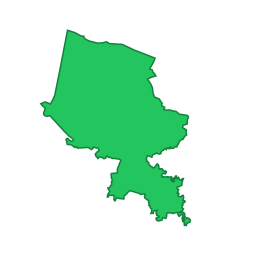 outline of Homs, Homs (Hims), Syria, rotated 201°
{"feature_id": "27442178B91557549439519", "entity_name": "Homs", "entity_type": "district", "adm_level": 2, "iso_a3": "SYR", "parent_name": "Syria", "parent_adm1": "Homs (Hims)", "projection": "orthographic", "projection_center": [36.55, 34.443], "detail": "fine", "context": "isolated", "style": "filled", "palette": "green", "viewbox_px": 256, "rotation_deg": 201, "n_neighbors": 0, "source": "geoboundaries", "source_scale": "gbopen_adm2", "svg_char_len": 5462}
<svg xmlns="http://www.w3.org/2000/svg" viewBox="0 0 256 256"><g transform="rotate(201 128 128)"><path d="M202.1,197.9L204.7,197.1L211.9,198.0L219.5,197.6L212.9,160.6L208.0,131.7L208.3,129.9L208.3,127.1L208.8,125.1L208.9,122.6L214.5,122.7L215.4,122.0L218.1,119.4L215.9,118.1L212.8,117.0L212.4,116.6L212.1,114.3L212.3,112.0L211.5,110.4L209.9,109.6L207.6,110.0L205.2,111.5L186.6,102.2L180.1,99.3L175.3,98.0L174.7,97.2L175.1,95.9L176.0,95.3L177.3,95.6L178.0,95.4L180.1,96.7L180.9,96.6L181.8,95.2L178.7,90.8L177.3,91.5L174.5,91.9L172.8,91.5L171.6,90.9L170.5,90.8L170.3,91.3L169.4,92.1L168.9,92.1L168.6,91.3L167.1,91.3L166.6,91.8L161.5,94.0L159.9,95.0L157.3,95.5L154.5,94.7L153.6,95.8L153.4,96.6L153.6,97.2L153.0,97.9L150.2,97.9L149.8,98.3L149.1,98.5L148.3,98.3L147.8,97.5L146.7,96.7L148.2,94.6L149.0,92.6L149.1,91.7L147.7,90.1L147.0,90.1L146.3,89.7L146.2,89.3L145.2,88.7L144.5,90.3L144.0,90.7L141.7,91.4L139.9,90.7L138.6,91.2L138.0,92.0L138.0,93.9L137.4,94.4L136.6,94.3L135.9,93.6L133.4,94.2L131.7,93.9L129.6,94.8L127.0,95.2L125.6,95.8L123.3,95.4L122.9,94.7L122.9,93.8L123.2,92.9L123.3,91.8L123.0,90.2L123.2,88.6L123.2,85.4L121.8,82.8L122.3,82.1L127.3,79.4L126.9,78.0L125.6,75.5L124.0,73.7L123.9,72.7L124.1,71.5L123.5,70.7L122.9,69.1L123.6,67.9L123.9,65.5L125.3,64.9L124.4,63.7L122.4,62.5L123.1,58.3L122.5,56.2L121.4,56.9L121.7,58.1L121.4,58.7L118.9,59.2L117.2,60.0L116.0,58.1L115.5,56.0L114.9,55.9L114.3,55.3L113.8,55.7L113.9,57.7L113.6,58.8L110.8,59.1L106.7,60.1L106.4,60.6L107.3,62.5L107.2,63.0L106.4,64.4L104.7,68.7L103.7,70.2L94.0,71.0L92.6,70.4L88.9,72.5L87.8,71.8L88.1,70.6L87.8,69.6L87.0,68.6L82.7,67.5L82.1,65.9L80.7,64.1L80.8,63.2L79.8,63.3L79.3,62.9L79.4,62.5L78.5,61.4L77.3,60.8L76.5,60.1L76.1,58.9L76.0,56.4L75.5,56.6L75.5,56.9L73.9,57.2L73.8,57.7L74.1,58.4L73.8,60.0L73.3,60.6L71.9,61.2L72.2,60.8L71.8,60.3L71.3,60.1L71.3,58.4L70.4,58.0L69.9,56.6L67.2,56.7L67.4,55.4L69.4,54.1L69.1,52.8L68.6,52.7L67.9,52.0L65.8,52.3L65.8,52.5L65.0,53.1L63.6,53.8L63.2,54.3L63.4,55.3L63.3,55.7L63.4,56.5L61.5,57.2L60.2,57.1L60.2,58.7L60.5,60.2L61.0,60.4L61.0,60.7L60.9,62.8L60.6,62.7L59.4,63.5L58.2,63.8L57.5,64.3L57.1,64.2L56.2,64.5L56.1,64.2L55.8,64.1L55.2,64.7L54.3,65.0L53.7,65.7L52.7,66.5L52.1,66.3L50.6,66.8L50.5,65.1L48.6,63.8L48.0,64.7L47.8,65.6L47.1,66.4L45.8,66.5L45.6,65.8L45.3,65.6L45.2,64.9L45.4,63.9L44.5,62.2L44.3,62.2L44.3,61.7L44.1,61.6L43.6,62.3L43.2,62.1L43.3,61.4L43.7,61.0L43.6,60.7L43.0,61.0L42.7,60.9L42.9,60.8L42.7,60.4L42.4,60.7L42.4,60.3L41.9,60.1L41.4,59.2L40.6,58.9L40.8,57.7L40.4,57.7L40.3,57.4L38.6,57.9L38.8,58.6L38.5,60.4L36.5,62.2L36.6,64.0L37.1,64.7L39.2,65.5L40.1,65.4L41.0,64.8L41.1,64.2L41.9,63.3L43.7,63.0L44.2,63.4L44.0,64.0L42.4,65.4L43.7,65.9L43.8,67.4L44.1,68.0L44.5,68.3L45.0,68.1L45.3,68.2L45.6,69.2L46.2,69.1L48.2,68.0L49.5,68.2L48.0,69.4L47.6,70.4L47.2,72.3L47.9,72.7L49.1,73.0L49.6,74.3L49.0,75.8L50.1,77.3L48.4,79.0L48.4,80.0L49.0,80.4L50.1,79.8L50.7,79.9L51.1,83.1L51.5,83.5L52.1,84.8L52.5,84.9L53.3,84.1L53.7,83.7L54.2,82.5L56.6,82.4L57.0,82.6L56.8,84.2L57.0,84.9L57.5,85.4L58.3,84.7L58.7,84.7L58.8,85.6L58.5,88.5L60.7,89.4L61.0,90.0L60.9,90.7L59.2,91.5L58.7,92.5L57.3,93.6L57.3,94.5L58.1,96.8L58.2,100.6L59.3,99.9L59.6,98.4L60.1,98.2L61.8,98.5L62.7,99.7L63.2,100.1L63.6,99.9L63.6,99.2L63.4,99.1L63.5,98.7L64.0,98.7L64.1,98.4L64.5,98.8L65.1,98.8L65.5,100.4L66.0,100.6L66.4,100.1L66.3,99.7L66.5,99.2L66.0,98.9L66.0,98.4L66.3,98.3L66.1,98.0L66.6,98.0L66.0,97.2L66.5,96.9L67.3,97.5L67.7,97.2L67.8,97.0L67.0,95.8L66.4,95.8L66.3,95.3L66.5,95.1L66.0,94.7L66.4,94.6L66.6,94.4L65.9,93.7L66.9,94.0L66.8,94.5L67.2,94.8L67.8,95.0L68.0,94.5L68.3,95.0L67.8,95.8L68.1,96.4L68.4,96.4L68.7,95.7L69.3,95.2L69.2,95.0L69.5,95.1L69.2,96.0L69.6,97.3L69.5,97.8L70.3,98.0L70.8,97.7L71.5,96.8L72.6,96.9L72.8,96.5L73.5,96.3L73.6,96.6L74.1,96.5L75.7,95.5L76.7,95.5L77.0,95.1L78.1,95.2L78.5,94.4L78.9,94.5L79.1,95.1L79.6,95.7L79.5,96.2L79.7,97.1L79.3,97.8L78.8,98.2L77.7,98.6L76.9,98.4L76.7,99.5L76.2,100.0L76.5,101.0L77.6,101.4L78.1,101.1L78.2,100.6L79.3,100.6L80.1,100.9L80.4,101.5L81.0,101.9L81.8,102.1L82.6,101.9L83.1,100.9L84.6,101.5L85.9,104.0L86.8,104.8L87.9,104.9L87.8,104.2L88.3,103.9L89.1,100.9L89.6,99.9L90.0,99.7L91.1,100.2L93.9,100.6L94.1,101.1L95.5,101.6L95.9,102.0L96.3,103.3L98.7,103.7L98.6,104.5L99.0,104.9L99.5,105.1L99.8,105.6L100.0,109.1L99.5,109.3L95.3,109.3L95.1,109.6L95.5,111.6L93.2,113.8L92.6,114.7L89.8,114.7L88.3,115.6L88.3,117.9L88.0,119.3L87.1,119.7L85.9,122.3L85.4,122.5L84.9,121.8L84.5,121.6L84.5,122.5L84.1,122.8L84.1,123.3L83.9,123.6L83.5,123.8L82.4,123.4L81.7,123.5L81.6,123.9L82.1,124.3L82.1,124.9L81.8,125.6L81.4,125.7L80.1,124.6L79.8,124.6L78.2,125.6L77.4,127.4L75.6,127.8L75.7,129.7L75.4,130.2L75.0,134.5L73.7,136.4L73.6,137.0L72.6,137.1L72.1,140.2L71.8,141.0L70.8,142.2L71.1,143.2L72.5,144.8L72.4,146.3L72.8,147.1L73.1,147.3L73.9,147.2L74.6,147.6L76.3,147.6L77.0,148.1L77.5,149.1L77.5,149.8L76.8,150.9L74.2,152.9L75.5,156.7L75.5,159.4L75.9,160.4L77.3,161.0L85.0,159.3L88.9,160.7L92.8,160.0L95.8,159.8L96.9,159.0L99.8,158.2L101.2,158.1L101.1,160.4L104.3,161.0L104.8,161.5L105.0,163.4L107.8,165.1L108.8,166.1L109.7,166.4L110.8,166.1L111.8,166.5L114.3,166.4L117.1,169.5L119.6,174.3L122.4,177.1L127.3,180.7L124.7,183.5L120.6,186.6L123.0,188.3L124.6,189.0L126.2,190.9L128.9,190.9L127.7,200.0L127.8,202.9L150.3,203.0L163.2,204.0L175.6,200.1L178.9,200.8L182.6,198.2L186.4,196.4L194.8,195.4L198.2,195.5L199.7,195.8L200.9,196.3L201.9,197.4L202.1,197.9Z" fill="#22c55e" stroke="#15803d" stroke-width="1.5"/></g></svg>